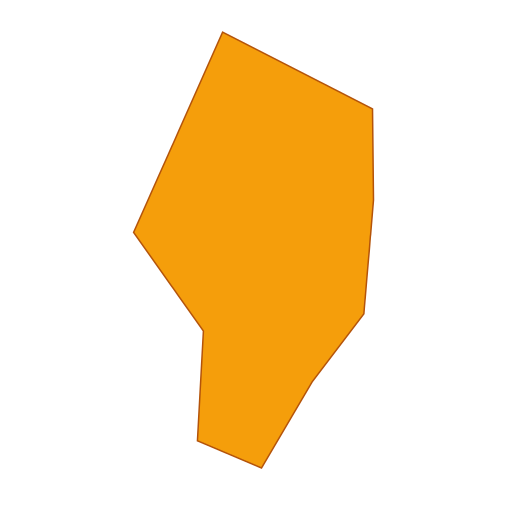 the district of Uliastai, Dzavhan, Mongolia, rotated 203°
{"feature_id": "93677404B17043071055224", "entity_name": "Uliastai", "entity_type": "district", "adm_level": 2, "iso_a3": "MNG", "parent_name": "Mongolia", "parent_adm1": "Dzavhan", "projection": "mercator", "projection_center": [96.861, 47.747], "detail": "fine", "context": "isolated", "style": "filled", "palette": "amber", "viewbox_px": 512, "rotation_deg": 203, "n_neighbors": 0, "source": "geoboundaries", "source_scale": "gbopen_adm2", "svg_char_len": 791}
<svg xmlns="http://www.w3.org/2000/svg" viewBox="0 0 512 512"><g transform="rotate(203 256 256)"><path d="M376.0,341.4L376.1,331.8L376.2,326.1L376.3,324.0L376.3,322.5L376.4,316.0L376.4,314.4L376.5,310.9L376.5,309.4L376.7,300.6L376.7,300.2L376.9,289.8L376.9,289.3L377.2,271.2L377.2,270.8L377.3,263.9L377.9,229.9L368.2,223.9L344.4,209.2L343.1,208.4L326.0,197.8L322.1,195.4L320.4,194.4L317.0,192.3L311.9,189.1L275.1,166.4L237.7,63.0L208.4,63.0L206.0,63.0L168.1,63.0L155.1,162.3L134.1,244.9L136.5,252.1L138.8,259.1L138.9,259.5L144.9,277.7L149.9,293.0L152.8,302.0L153.7,304.8L155.2,309.3L156.6,313.4L158.4,318.8L158.8,320.3L159.4,322.1L169.7,353.4L206.2,436.9L251.4,440.2L255.3,440.5L263.8,441.1L264.1,441.1L374.2,449.0L376.0,341.4Z" fill="#f59e0b" stroke="#b45309" stroke-width="1.5"/></g></svg>